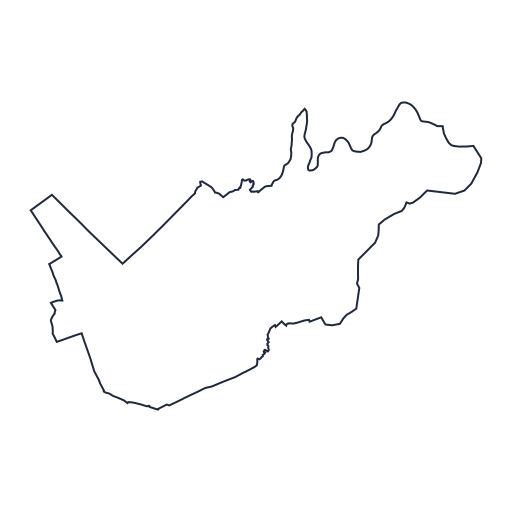 outline of Sacu, Caras-Severin, Romania
{"feature_id": "2599482B680893126759", "entity_name": "Sacu", "entity_type": "district", "adm_level": 2, "iso_a3": "ROU", "parent_name": "Romania", "parent_adm1": "Caras-Severin", "projection": "orthographic", "projection_center": [22.117, 45.574], "detail": "fine", "context": "isolated", "style": "outline", "palette": "slate", "viewbox_px": 512, "rotation_deg": 0, "n_neighbors": 0, "source": "geoboundaries", "source_scale": "gbopen_adm2", "svg_char_len": 5976}
<svg xmlns="http://www.w3.org/2000/svg" viewBox="0 0 512 512"><path d="M52.8,332.6L52.6,333.3L52.6,333.5L54.9,337.9L56.8,341.9L75.4,335.3L81.7,333.3L82.3,335.5L83.1,337.5L83.2,338.0L83.6,339.1L83.7,339.6L90.3,358.3L94.2,371.2L98.9,380.0L98.9,380.4L99.8,382.0L99.7,382.7L103.9,390.5L103.6,390.9L103.9,391.6L105.7,392.6L108.7,393.4L110.1,394.0L111.8,395.2L113.7,396.2L115.3,396.7L123.4,400.1L125.3,401.4L127.5,403.1L128.4,402.1L132.8,402.5L135.1,403.0L140.7,404.4L146.9,406.3L148.4,405.8L149.1,405.8L149.4,406.0L149.5,406.9L157.9,409.6L158.3,409.3L158.2,408.9L166.7,404.6L169.3,405.4L177.3,401.6L185.7,397.4L197.3,391.9L205.4,387.9L211.8,386.5L218.4,383.7L225.0,381.0L234.9,377.2L243.5,372.6L246.1,371.6L246.5,371.2L250.9,369.0L255.1,366.6L256.8,365.3L257.3,362.5L257.3,361.0L257.2,359.6L257.6,358.6L259.5,359.3L260.8,358.2L261.5,357.2L262.4,356.7L262.9,356.0L262.9,355.3L262.8,354.9L264.3,353.9L265.2,352.5L264.6,352.0L263.9,352.0L263.7,351.4L264.7,349.9L265.4,349.9L267.4,351.3L268.1,351.3L268.8,349.8L268.2,347.5L268.4,346.6L268.0,345.4L267.4,345.1L267.3,343.8L268.7,342.0L267.2,340.2L267.1,339.3L268.7,338.7L268.0,337.2L267.6,334.7L268.6,332.8L270.4,328.5L272.4,326.7L275.0,325.1L275.7,326.9L281.7,321.4L284.2,324.1L286.2,325.6L286.4,324.4L288.3,323.3L289.0,323.6L289.8,323.3L291.9,323.5L293.5,323.6L295.4,323.0L295.6,323.2L304.3,320.5L308.9,319.8L309.3,320.5L309.6,321.7L321.2,317.3L325.4,324.5L332.2,325.3L339.9,323.8L343.5,318.2L346.9,314.6L349.5,313.2L352.0,311.6L354.5,309.9L356.3,308.6L359.3,288.0L357.0,283.5L358.1,279.0L358.0,274.0L358.0,268.9L358.1,263.8L358.3,259.6L375.1,242.7L378.2,235.5L378.5,232.3L378.7,229.1L378.8,224.5L384.9,219.4L394.2,213.9L401.8,210.9L404.4,207.7L406.5,202.4L409.7,203.6L413.0,202.6L419.8,197.7L427.1,190.5L455.0,193.8L464.5,190.5L471.3,183.6L477.4,172.4L481.0,163.0L481.3,158.3L473.4,145.9L467.1,146.5L465.1,146.5L459.4,146.6L457.1,146.4L453.3,145.8L451.2,145.1L448.6,142.6L446.0,138.1L444.0,133.6L443.2,129.7L442.7,126.2L437.1,126.1L435.0,124.8L432.8,123.9L430.0,122.6L427.9,122.0L422.6,121.4L422.0,121.2L421.2,120.8L420.7,120.2L420.3,119.5L419.6,117.8L417.9,113.7L417.1,112.0L415.4,109.3L413.8,107.4L412.2,105.7L410.8,104.7L409.2,103.8L407.0,102.9L405.9,102.6L404.7,102.4L403.8,102.5L402.1,102.6L400.9,103.1L399.5,104.4L398.6,106.0L396.3,109.9L393.6,115.6L392.7,116.9L391.4,118.8L390.3,120.0L389.0,121.2L387.6,122.2L385.1,123.6L383.4,124.3L382.0,125.4L381.2,126.7L380.3,128.7L379.6,129.8L378.9,130.7L377.8,131.8L376.3,133.0L374.3,134.3L373.1,135.5L372.6,136.2L372.1,137.3L371.9,139.0L371.6,141.6L371.2,143.4L370.5,145.1L369.4,146.9L368.0,148.5L366.5,149.6L363.7,150.9L360.6,151.9L358.8,151.8L355.6,151.5L353.9,151.0L352.4,150.4L351.0,148.1L348.7,142.9L347.5,141.3L345.4,139.2L343.4,138.0L341.5,137.7L339.5,138.0L337.9,138.7L336.1,140.1L335.1,141.7L334.4,143.3L334.0,145.0L332.4,149.2L331.5,150.9L330.2,151.6L328.4,152.3L325.5,152.3L322.3,152.9L321.0,153.3L319.8,154.1L318.9,155.1L318.4,156.2L318.0,157.6L317.8,158.7L317.8,163.1L317.7,165.7L316.9,167.1L315.7,168.2L313.7,169.8L311.4,170.4L309.6,170.6L308.4,169.9L308.0,168.6L307.9,167.4L308.2,165.5L309.2,163.4L310.4,159.9L311.4,157.8L311.7,154.9L311.7,153.8L311.6,151.5L311.4,150.3L311.0,148.9L310.2,147.4L308.7,145.0L306.6,142.1L305.0,139.0L304.5,137.6L304.4,136.8L304.5,134.9L305.9,129.4L306.8,123.9L307.1,121.3L306.9,115.5L306.8,113.7L306.5,111.5L305.7,110.0L304.6,108.8L303.3,110.5L301.7,111.8L299.2,115.3L298.3,115.8L297.7,116.4L296.5,118.2L295.0,121.9L292.5,124.0L292.3,125.7L293.2,128.2L293.2,128.7L292.9,131.2L292.3,133.1L292.0,134.7L291.8,136.0L292.0,139.1L291.6,145.0L291.3,146.9L290.8,149.0L290.9,150.3L291.1,151.3L291.3,152.9L291.2,155.4L290.6,159.0L290.2,159.9L288.8,162.1L287.9,163.3L286.4,164.3L285.0,165.1L284.2,165.9L283.9,166.9L283.5,169.1L282.7,172.3L281.9,174.6L280.9,176.4L279.6,178.0L277.9,179.4L276.7,179.9L275.5,180.2L274.2,180.9L273.5,181.6L271.9,184.5L271.5,185.8L270.7,185.8L268.6,186.0L266.5,186.2L265.0,186.7L263.4,187.9L260.1,190.6L258.2,192.3L257.9,192.2L257.9,191.3L257.4,191.2L253.7,191.8L253.4,191.6L252.9,191.5L251.4,191.8L251.0,191.5L250.8,191.0L250.6,190.7L250.1,190.4L249.9,189.8L252.9,186.7L252.6,185.8L252.8,185.5L253.6,184.4L253.4,184.0L253.7,183.3L253.4,183.1L253.4,182.5L253.4,181.7L253.1,181.1L252.6,180.9L251.8,181.2L250.8,182.1L250.4,182.3L250.1,181.9L249.7,181.1L250.2,180.7L250.4,180.3L250.4,179.9L250.2,179.5L249.8,179.2L248.0,179.5L246.0,180.5L244.5,180.7L243.9,180.3L243.0,179.4L242.6,179.4L242.2,179.8L241.9,180.5L241.8,181.8L241.3,184.1L240.3,187.7L239.8,187.5L239.5,187.5L238.4,189.7L235.3,190.0L234.8,190.1L233.3,191.1L232.1,191.6L230.5,191.9L229.2,192.4L226.9,194.4L223.1,197.2L222.4,196.5L219.0,193.6L216.8,192.8L215.0,192.5L214.9,192.1L213.6,190.0L212.5,188.4L211.0,186.9L210.0,186.3L202.1,181.4L200.2,181.8L200.3,183.0L200.9,185.6L197.5,187.7L197.3,187.7L196.7,189.2L195.8,190.4L195.4,191.3L195.1,192.2L195.0,193.4L191.7,196.3L188.3,199.9L168.4,220.1L163.5,225.1L158.5,230.0L153.6,234.9L140.8,247.2L130.2,256.7L122.6,263.7L116.9,258.3L90.8,233.3L85.5,228.1L82.0,224.4L67.3,210.1L51.9,194.8L48.7,197.2L30.7,210.3L33.5,214.5L43.5,229.7L44.3,231.1L45.6,232.9L48.1,236.7L50.5,240.2L52.0,242.6L55.1,247.1L56.3,248.7L58.4,251.8L59.9,254.3L60.4,254.9L61.5,256.4L61.5,256.6L61.4,256.6L57.5,259.1L50.9,263.1L49.2,264.1L49.7,265.0L50.4,267.0L50.8,268.3L51.3,269.2L51.6,270.0L52.1,271.1L52.4,272.0L53.1,273.9L53.1,274.3L53.7,275.8L54.4,277.4L55.0,278.6L55.5,279.7L55.9,280.7L56.1,281.6L56.5,282.6L56.6,283.0L56.8,283.6L57.2,284.3L57.5,285.3L57.7,285.7L57.9,286.3L57.9,286.6L58.6,288.6L59.2,290.7L59.5,291.7L59.9,292.6L60.5,294.5L61.1,295.6L61.2,296.4L61.4,296.8L61.5,297.4L61.5,297.7L62.3,300.5L58.9,300.4L57.4,300.6L56.6,300.8L55.8,301.1L53.7,301.7L51.7,302.5L50.9,302.9L55.3,309.8L55.4,310.1L55.3,310.5L54.8,312.0L54.7,312.4L54.7,313.1L54.7,313.4L54.6,313.7L54.3,314.0L53.6,315.0L52.4,316.7L51.2,319.2L50.9,320.1L50.9,320.5L50.9,320.9L52.4,326.1L52.5,326.5L52.6,327.0L52.8,332.6Z" fill="none" stroke="#1e293b" stroke-width="2"/></svg>